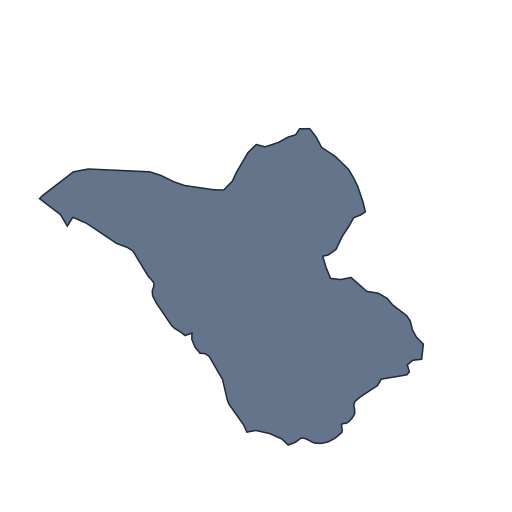 SVG path tracing the border of Léraba, rotated 317°
{"feature_id": "BFA-2835", "entity_name": "Léraba", "entity_type": "Province", "adm_level": 1, "iso_a3": "BFA", "parent_name": "Burkina Faso", "parent_adm1": "", "projection": "robinson", "projection_center": [-5.276, 10.67], "detail": "fine", "context": "isolated", "style": "filled", "palette": "slate", "viewbox_px": 512, "rotation_deg": 317, "n_neighbors": 0, "source": "natural_earth", "source_scale": "10m", "svg_char_len": 1510}
<svg xmlns="http://www.w3.org/2000/svg" viewBox="0 0 512 512"><g transform="rotate(317 256 256)"><path d="M198.4,443.6L189.5,443.2L182.1,441.2L176.1,437.7L171.4,433.0L170.0,430.0L168.5,425.5L166.6,421.4L164.0,419.7L159.9,419.4L156.8,418.8L150.6,416.2L150.1,407.5L144.7,394.9L136.9,383.5L129.2,378.6L131.7,371.3L135.2,345.7L136.9,341.6L147.3,323.5L153.3,297.2L152.0,292.4L148.7,288.9L149.2,281.2L152.2,273.2L156.6,268.7L149.8,265.8L149.3,261.6L147.1,253.3L146.9,248.8L151.1,221.9L153.3,214.5L156.3,210.8L159.9,208.8L162.8,206.5L163.4,201.5L163.3,197.3L169.4,168.4L167.8,162.2L162.6,151.7L154.4,116.6L148.4,102.8L138.4,105.4L141.2,92.4L136.8,66.4L141.1,66.2L179.8,69.9L192.6,77.9L235.8,122.1L241.5,132.4L246.4,145.4L251.8,155.7L270.0,178.4L277.3,185.7L290.0,185.1L297.9,181.7L320.7,174.9L332.2,174.6L337.1,182.4L349.3,188.0L360.8,191.0L367.7,194.4L374.7,192.7L382.1,199.5L381.1,210.3L378.0,221.3L381.9,237.2L382.8,255.6L380.7,265.2L377.9,274.4L371.1,289.5L366.1,298.3L360.5,297.4L353.5,294.6L344.9,297.5L332.3,300.5L319.0,305.8L309.1,304.4L304.7,301.6L299.5,312.0L295.2,323.2L301.8,330.9L310.9,336.5L312.9,357.4L320.1,366.6L323.0,376.5L322.6,385.0L325.5,402.4L324.5,408.8L320.1,416.6L318.0,424.7L318.3,434.6L306.7,444.5L299.7,439.3L292.5,438.7L289.2,445.3L285.3,445.8L263.6,431.5L256.6,433.6L236.2,430.2L228.8,429.9L225.5,432.2L223.3,435.7L220.5,438.8L215.4,440.2L210.3,440.4L208.0,439.9L206.1,438.5L203.8,437.3L202.2,439.3L200.5,442.1L198.4,443.6Z" fill="#64748b" stroke="#1e293b" stroke-width="1.5"/></g></svg>